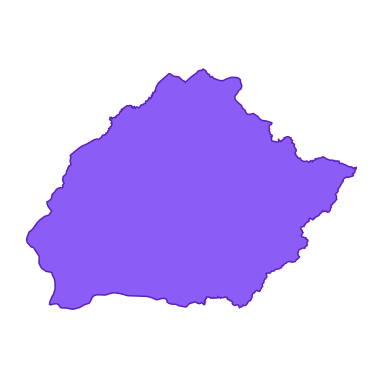 Viengthong, Bolikhamxai, Laos, rotated 93°
{"feature_id": "54806243B87134843513913", "entity_name": "Viengthong", "entity_type": "district", "adm_level": 2, "iso_a3": "LAO", "parent_name": "Laos", "parent_adm1": "Bolikhamxai", "projection": "orthographic", "projection_center": [104.389, 18.699], "detail": "fine", "context": "isolated", "style": "filled", "palette": "violet", "viewbox_px": 384, "rotation_deg": 93, "n_neighbors": 0, "source": "geoboundaries", "source_scale": "gbopen_adm2", "svg_char_len": 5963}
<svg xmlns="http://www.w3.org/2000/svg" viewBox="0 0 384 384"><g transform="rotate(93 192 192)"><path d="M122.1,277.8L122.9,277.6L124.0,278.1L125.1,276.2L126.3,275.8L127.4,276.4L127.7,276.3L127.6,275.7L128.5,275.5L130.7,276.1L131.5,277.3L132.5,277.2L133.0,278.5L134.2,278.1L135.6,279.3L136.9,279.3L137.7,281.0L139.3,281.3L139.8,283.9L141.1,285.0L142.3,285.2L142.4,285.9L144.1,287.6L144.4,288.3L144.0,289.8L144.9,292.3L149.6,299.6L152.0,304.4L154.3,307.4L161.8,315.5L163.5,314.9L167.2,315.3L171.1,314.3L172.2,315.4L172.2,316.0L174.5,317.2L176.7,317.7L177.6,318.4L180.4,318.5L183.3,321.4L186.6,321.9L189.1,320.9L189.9,320.1L192.1,321.6L194.0,321.2L194.6,321.9L194.5,323.6L195.4,326.0L196.6,327.6L199.3,329.2L201.8,331.6L206.2,332.1L208.9,335.0L209.2,336.2L211.4,336.1L212.6,335.6L214.6,334.5L218.3,331.2L222.4,333.6L224.1,337.9L228.0,342.6L230.8,345.0L236.8,348.8L239.2,350.9L240.4,352.6L246.3,354.4L248.5,354.7L251.1,353.9L255.3,349.6L255.8,347.4L264.3,341.2L271.0,341.1L274.4,339.3L276.1,338.0L278.9,333.5L279.5,328.5L280.1,327.7L282.8,326.8L285.6,325.0L289.7,324.0L296.4,323.7L301.4,325.0L304.3,326.5L308.2,327.9L311.5,328.5L312.1,327.4L310.9,323.6L310.7,321.1L311.4,319.5L313.9,317.6L314.5,316.5L314.5,311.5L315.3,305.6L315.1,303.9L313.3,298.3L310.2,293.6L308.5,289.0L306.3,287.7L302.1,285.9L300.5,284.1L299.6,281.4L299.4,273.1L297.4,267.6L296.7,264.6L297.1,258.8L298.9,250.7L298.6,231.4L299.6,226.9L301.5,221.6L299.9,216.4L299.7,214.3L300.1,212.8L301.0,211.5L303.2,211.1L304.2,209.6L305.1,206.2L304.9,202.2L306.2,199.5L307.1,193.0L306.7,191.1L305.2,190.3L303.5,188.6L301.6,183.0L301.9,181.7L302.8,180.9L303.1,178.7L302.0,176.5L303.7,174.4L303.4,174.2L303.6,173.5L302.4,173.7L302.0,173.0L301.0,173.9L300.2,173.6L300.1,172.9L299.0,173.4L297.6,172.1L297.3,172.4L296.7,171.8L296.2,171.9L296.0,171.4L296.4,168.4L297.0,167.8L296.5,167.3L297.0,165.6L296.4,165.2L296.7,164.5L296.4,163.9L296.7,163.5L296.4,160.7L295.6,160.7L296.2,160.2L295.7,158.8L296.6,158.0L296.0,157.0L295.8,154.8L295.2,153.5L295.3,151.8L296.0,151.7L296.2,150.9L296.9,151.1L297.6,150.5L297.9,148.6L298.6,148.3L298.5,147.5L299.8,145.7L301.2,146.0L302.5,144.9L303.1,143.3L302.4,141.8L302.4,139.8L305.1,138.5L304.1,137.2L304.0,136.2L302.3,135.3L302.8,134.3L302.3,132.5L301.2,131.4L300.6,131.3L300.4,130.8L298.3,130.0L297.3,127.8L296.2,127.8L295.7,127.1L294.2,126.6L291.3,126.4L290.1,125.9L289.4,124.4L288.1,123.7L286.8,122.2L287.8,119.9L287.3,119.0L283.7,117.4L282.9,116.6L280.1,116.9L278.8,115.5L276.7,115.5L275.4,114.8L274.6,113.8L273.0,112.9L272.2,112.8L271.1,113.4L270.4,113.2L269.5,113.8L269.0,113.0L268.9,109.8L266.8,108.3L266.7,106.2L264.7,104.2L264.2,101.1L263.2,99.4L262.6,98.5L261.3,98.5L261.1,97.5L258.9,95.8L258.1,94.2L257.0,93.4L256.3,91.4L256.9,88.6L256.2,85.6L253.8,83.8L253.6,83.1L252.5,82.5L251.5,81.4L251.1,81.2L250.1,82.3L247.9,83.3L246.7,82.6L245.1,82.8L244.1,81.9L242.2,78.6L242.2,76.4L241.0,76.3L239.3,74.2L236.2,74.6L234.7,73.6L233.5,74.2L232.9,76.0L232.2,75.7L231.8,76.0L231.2,79.2L230.4,80.5L229.7,80.5L226.5,79.0L226.0,79.9L224.7,79.9L223.5,81.4L221.5,81.3L220.6,79.3L220.6,78.4L219.3,78.2L218.8,77.4L217.2,76.8L215.1,73.7L213.8,73.5L213.4,73.9L212.0,73.2L213.4,69.7L212.3,69.0L212.2,68.4L211.1,67.9L208.6,63.9L207.7,63.6L206.0,61.8L204.0,60.7L204.6,60.4L204.7,59.7L204.2,58.6L204.4,58.1L204.1,57.0L205.2,55.7L204.7,54.2L203.0,53.1L200.9,52.7L200.2,52.2L197.9,52.4L197.4,51.4L196.0,50.7L194.6,49.0L193.5,48.6L191.8,47.1L190.1,47.5L188.4,47.5L187.0,48.5L185.9,48.2L185.2,47.2L184.3,46.6L183.2,46.1L181.2,46.4L180.8,45.8L178.3,44.3L174.1,42.4L173.6,41.6L171.7,41.7L170.9,41.2L169.1,38.7L169.3,37.0L167.5,32.0L167.0,31.7L165.5,32.5L164.8,31.3L163.7,30.5L161.7,30.2L160.3,29.3L158.9,29.3L159.3,30.9L160.2,32.2L159.4,32.5L158.6,33.9L158.6,36.5L157.6,39.1L156.7,40.1L156.6,41.5L155.8,43.2L155.5,45.6L155.8,46.2L154.7,46.7L153.9,46.6L153.5,47.0L153.6,48.0L153.3,48.6L153.9,50.0L153.1,51.2L153.3,52.4L152.8,53.5L153.0,56.0L152.1,59.0L150.1,62.5L150.2,63.6L151.3,65.2L151.5,67.5L152.5,69.2L152.2,70.5L153.4,70.8L154.0,71.6L154.2,73.0L155.5,73.4L154.4,74.9L156.2,76.9L155.1,78.6L155.6,81.4L155.5,82.4L154.5,84.6L152.5,85.6L152.8,87.7L151.1,88.7L150.4,89.9L149.8,89.9L149.2,90.6L148.4,90.5L147.8,91.0L147.1,91.0L145.6,90.1L144.1,90.2L141.7,92.2L138.9,92.2L138.6,93.0L137.6,94.0L137.9,94.7L136.3,95.0L135.2,94.3L134.2,95.8L132.7,96.0L132.7,97.1L131.7,98.5L132.0,100.7L132.6,101.3L133.1,102.8L134.0,102.6L134.7,103.9L135.9,104.6L135.9,105.3L136.7,105.4L137.0,106.0L135.1,108.3L137.1,108.2L137.8,108.7L136.8,114.9L135.2,115.5L134.1,115.2L132.9,116.1L132.5,114.9L131.2,114.9L130.3,116.9L128.1,117.4L127.4,118.2L125.3,117.8L123.7,118.5L120.9,118.0L120.5,116.4L119.3,115.8L118.6,116.0L117.2,121.6L116.9,125.5L116.0,127.5L112.8,130.7L110.4,134.9L111.6,138.8L111.4,140.8L109.9,142.3L107.6,143.3L105.5,146.1L102.8,147.2L101.0,149.9L98.2,153.1L96.0,154.2L94.1,154.1L89.9,151.3L88.7,151.0L86.5,148.6L84.7,148.0L83.2,147.9L78.8,149.5L77.6,149.5L76.1,151.0L75.3,153.4L75.4,158.8L77.2,163.4L79.2,166.8L79.2,170.5L77.3,176.3L75.6,178.1L76.3,178.6L76.2,179.9L73.7,180.9L73.1,182.6L72.0,183.6L70.2,184.5L68.7,187.1L69.0,187.9L70.2,188.7L70.1,190.2L71.0,192.3L72.6,193.3L77.1,198.8L82.8,204.5L82.0,205.0L80.7,207.8L77.8,211.1L77.3,216.6L75.2,219.9L75.0,221.1L84.7,231.1L88.5,233.1L92.2,234.0L93.4,233.7L93.3,234.6L95.0,235.4L94.8,236.2L95.8,236.6L97.2,236.4L97.5,237.4L98.2,236.9L98.4,237.5L99.9,237.5L100.2,238.5L99.9,239.6L101.2,239.2L101.2,240.2L103.2,241.2L103.7,243.1L104.9,242.9L105.8,243.3L106.7,245.1L107.5,245.8L107.7,247.3L110.4,249.0L110.6,250.0L109.9,251.7L110.4,252.1L110.5,253.1L111.1,253.2L109.7,253.9L110.2,254.9L110.7,254.8L111.2,255.3L110.3,255.9L110.5,256.7L109.1,256.7L108.8,257.3L109.4,261.7L112.5,265.5L113.4,264.9L112.8,265.8L113.2,266.8L114.8,266.5L115.3,266.9L115.1,267.8L118.6,269.1L118.8,270.0L120.0,271.6L122.0,271.6L120.9,272.2L121.9,273.7L122.1,275.0L122.8,275.6L122.7,276.2L121.7,276.5L122.2,277.5L122.1,277.8Z" fill="#8b5cf6" stroke="#5b21b6" stroke-width="1.5"/></g></svg>